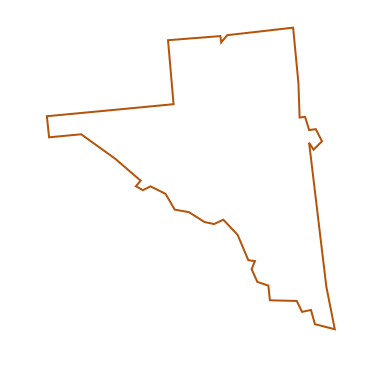 outline of Baker, Georgia, United States of America, rotated 83°
{"feature_id": "52423323B71262883524424", "entity_name": "Baker", "entity_type": "district", "adm_level": 2, "iso_a3": "USA", "parent_name": "United States of America", "parent_adm1": "Georgia", "projection": "orthographic", "projection_center": [-84.4, 31.267], "detail": "fine", "context": "isolated", "style": "outline", "palette": "amber", "viewbox_px": 384, "rotation_deg": 83, "n_neighbors": 0, "source": "geoboundaries", "source_scale": "gbopen_adm2", "svg_char_len": 658}
<svg xmlns="http://www.w3.org/2000/svg" viewBox="0 0 384 384"><g transform="rotate(83 192 192)"><path d="M38.4,197.3L102.6,199.6L99.1,326.8L120.3,327.2L121.2,295.0L149.6,264.2L174.5,241.6L179.4,247.0L184.2,240.5L181.3,232.6L190.6,218.5L207.4,211.3L211.6,197.5L223.3,183.3L226.5,174.0L223.3,164.3L240.2,151.9L266.6,144.4L268.2,138.0L275.9,142.2L289.2,138.1L294.2,127.6L309.0,127.9L312.9,101.3L324.4,97.4L323.6,88.3L338.2,86.1L345.6,67.0L302.4,70.2L168.5,69.8L157.3,69.8L164.8,66.2L157.5,56.8L144.7,61.5L144.8,68.2L131.2,70.6L131.2,76.1L96.9,73.1L41.2,71.6L40.6,137.9L47.1,144.8L40.7,144.8L38.4,197.3Z" fill="none" stroke="#b45309" stroke-width="2"/></g></svg>